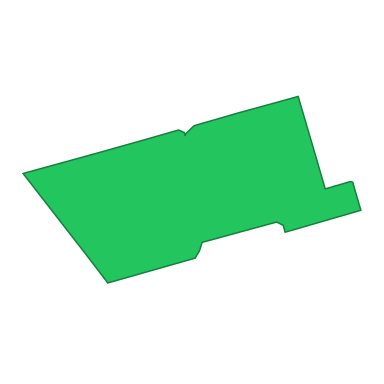 Bernalillo, New Mexico, United States of America, rotated 344°
{"feature_id": "52423323B92421028430791", "entity_name": "Bernalillo", "entity_type": "district", "adm_level": 2, "iso_a3": "USA", "parent_name": "United States of America", "parent_adm1": "New Mexico", "projection": "albers", "projection_center": [-106.564, 35.045], "detail": "fine", "context": "isolated", "style": "filled", "palette": "green", "viewbox_px": 384, "rotation_deg": 344, "n_neighbors": 0, "source": "geoboundaries", "source_scale": "gbopen_adm2", "svg_char_len": 647}
<svg xmlns="http://www.w3.org/2000/svg" viewBox="0 0 384 384"><g transform="rotate(344 192 192)"><path d="M320.8,193.9L320.4,129.4L273.0,128.9L255.9,128.7L242.5,128.8L221.5,128.8L215.7,128.8L214.2,128.8L212.2,128.9L201.9,134.3L200.8,136.2L201.0,132.7L196.3,128.8L195.5,128.7L194.6,128.7L184.8,128.7L175.1,128.7L164.9,128.7L105.2,128.4L34.7,127.6L73.4,224.1L85.8,255.8L85.9,256.2L163.7,256.4L177.0,256.4L177.6,255.6L182.8,250.8L187.9,243.2L265.0,244.2L269.6,248.3L270.5,249.2L270.4,256.3L285.8,256.3L349.3,256.1L349.2,238.2L349.2,226.9L347.1,225.6L323.6,225.7L320.9,225.7L320.8,193.9Z" fill="#22c55e" stroke="#15803d" stroke-width="1.5"/></g></svg>